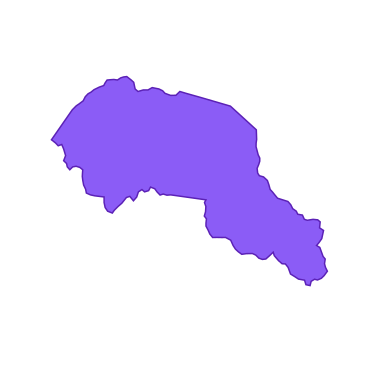 Diamante, Paraíba, Brazil, rotated 331°
{"feature_id": "56859067B40702424285398", "entity_name": "Diamante", "entity_type": "district", "adm_level": 2, "iso_a3": "BRA", "parent_name": "Brazil", "parent_adm1": "Paraíba", "projection": "albers", "projection_center": [-38.317, -7.445], "detail": "fine", "context": "isolated", "style": "filled", "palette": "violet", "viewbox_px": 384, "rotation_deg": 331, "n_neighbors": 0, "source": "geoboundaries", "source_scale": "gbopen_adm2", "svg_char_len": 2128}
<svg xmlns="http://www.w3.org/2000/svg" viewBox="0 0 384 384"><g transform="rotate(331 192 192)"><path d="M267.2,135.5L257.8,126.0L245.6,113.7L234.5,102.7L230.1,98.2L224.8,99.6L220.1,97.1L216.2,92.6L215.4,89.2L213.0,85.8L207.8,81.4L203.0,81.4L198.8,79.1L193.5,77.9L192.2,74.3L194.2,67.8L193.1,64.5L190.9,59.4L187.9,58.2L184.9,57.6L181.1,57.9L178.2,55.7L175.4,54.4L172.0,52.9L169.0,54.4L166.4,56.1L161.8,55.3L155.9,55.0L152.1,55.7L148.7,55.7L144.9,56.9L141.0,59.5L136.0,60.2L132.6,60.5L127.3,62.0L94.4,78.2L96.4,82.9L97.4,86.7L101.1,87.3L100.6,92.1L99.1,98.9L94.9,102.4L96.1,106.3L95.1,109.5L95.9,113.3L99.8,112.2L103.1,113.3L105.8,116.1L107.2,119.6L105.3,122.5L103.6,125.2L102.1,128.9L100.6,133.3L100.3,138.0L99.1,141.7L101.8,145.3L105.1,148.2L108.8,150.9L112.7,153.7L110.0,158.6L108.5,163.5L108.9,167.9L112.1,171.8L115.2,170.3L120.4,168.8L125.2,167.8L128.6,166.4L132.0,165.0L135.5,165.7L136.5,171.3L141.2,169.6L145.2,165.9L149.4,165.6L150.6,168.9L154.7,169.8L158.1,167.6L161.0,171.1L161.5,175.1L162.6,179.2L165.8,179.8L168.5,182.6L172.0,184.2L200.4,205.6L197.8,207.3L197.1,211.4L194.2,215.9L191.1,219.0L191.6,222.5L189.2,225.9L187.7,228.6L187.6,233.3L187.2,237.4L188.0,241.8L191.8,243.8L196.1,246.3L199.3,248.0L202.5,252.9L202.0,258.8L202.3,263.0L203.5,266.7L205.3,270.6L209.7,272.3L215.0,275.1L217.2,278.1L218.4,282.3L220.9,285.1L224.1,286.4L229.4,285.2L233.8,284.0L233.1,287.6L234.4,294.0L236.0,298.4L238.8,300.2L239.5,304.6L238.4,311.5L241.0,316.1L242.9,319.8L247.7,323.7L246.7,328.3L249.9,331.1L252.9,327.9L256.9,327.7L259.1,329.8L263.3,330.2L267.0,329.2L272.0,326.9L272.2,322.7L273.1,319.0L276.0,315.2L275.4,311.9L276.9,302.5L275.0,299.2L278.8,297.7L282.9,295.7L288.4,289.4L286.2,285.2L289.6,280.3L288.5,277.3L284.6,274.6L279.1,272.6L277.0,270.3L277.4,265.7L273.7,262.7L273.9,259.3L272.0,255.4L272.2,251.0L271.3,246.8L263.8,238.9L263.0,234.5L262.4,231.0L261.6,227.7L262.8,222.7L263.5,218.5L261.9,213.5L258.8,210.4L258.6,207.3L260.4,202.9L263.8,200.2L266.2,197.9L267.7,195.2L267.9,191.6L268.8,188.1L270.0,183.4L271.8,180.3L274.0,177.4L278.4,168.8L267.2,135.5Z" fill="#8b5cf6" stroke="#5b21b6" stroke-width="1.5"/></g></svg>